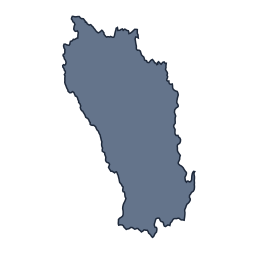 outline of Água Boa, Minas Gerais, Brazil, rotated 185°
{"feature_id": "56859067B18251134383574", "entity_name": "Água Boa", "entity_type": "district", "adm_level": 2, "iso_a3": "BRA", "parent_name": "Brazil", "parent_adm1": "Minas Gerais", "projection": "equal_earth", "projection_center": [-42.276, -18.014], "detail": "fine", "context": "isolated", "style": "filled", "palette": "slate", "viewbox_px": 256, "rotation_deg": 185, "n_neighbors": 0, "source": "geoboundaries", "source_scale": "gbopen_adm2", "svg_char_len": 5783}
<svg xmlns="http://www.w3.org/2000/svg" viewBox="0 0 256 256"><g transform="rotate(185 128 128)"><path d="M110.5,28.7L109.3,28.7L108.4,27.8L107.5,27.2L106.7,26.7L105.6,25.6L104.2,26.6L103.1,27.9L102.0,27.8L101.1,27.7L99.9,27.8L98.9,26.6L98.3,25.1L97.2,24.4L96.0,23.3L95.0,21.9L93.9,21.2L92.9,22.4L92.4,23.9L91.6,25.6L90.6,26.7L90.4,28.4L90.4,30.0L91.0,31.4L92.3,31.4L93.2,33.0L93.4,34.7L93.0,36.4L92.7,38.1L92.4,39.7L91.1,40.7L89.8,40.9L88.9,40.8L88.3,39.7L87.8,38.6L86.8,37.7L85.3,37.5L84.4,36.4L84.0,34.8L83.2,33.4L82.1,33.1L81.1,33.9L80.0,34.8L79.0,34.8L77.8,34.5L77.6,36.0L77.3,37.5L76.3,38.4L75.6,40.0L74.8,41.3L73.9,41.8L72.8,41.9L71.8,41.9L70.6,42.4L69.4,42.6L68.4,41.9L67.1,41.1L65.3,41.2L64.0,41.0L63.9,43.1L63.8,44.5L63.8,46.6L63.9,48.7L64.3,50.2L64.4,51.5L64.0,52.6L63.6,53.8L63.2,55.7L62.6,57.3L61.7,58.1L60.8,59.2L60.1,60.5L59.7,61.7L59.9,63.0L60.8,64.3L60.8,66.3L59.9,67.6L59.3,69.0L58.5,69.9L57.4,70.8L56.7,72.5L56.6,74.1L56.7,75.8L57.0,77.3L57.0,79.1L57.4,81.4L57.4,83.9L57.6,85.7L58.1,87.2L58.3,88.9L57.7,90.4L58.9,90.5L59.6,89.3L60.0,88.0L60.2,86.2L60.2,84.1L60.1,81.9L61.0,80.1L62.3,79.6L63.2,80.3L64.3,80.3L65.0,79.1L66.0,80.0L66.6,81.8L67.0,83.9L66.2,85.8L65.8,87.5L66.0,88.9L67.1,89.9L68.0,91.0L68.7,91.9L69.4,93.0L70.6,94.1L71.8,94.9L73.3,95.5L74.8,96.9L74.9,98.3L74.4,99.5L73.8,101.3L73.9,103.4L73.5,105.3L74.4,106.3L75.5,107.6L76.6,109.2L76.9,110.5L77.0,112.4L77.4,114.3L77.1,115.8L76.0,116.6L75.0,117.6L74.6,119.1L74.6,120.9L75.4,122.5L76.6,123.2L77.6,125.0L79.4,124.7L80.6,126.2L80.9,127.6L80.9,129.2L81.0,130.8L81.7,131.7L82.3,132.7L82.7,133.8L82.3,135.4L81.4,136.8L81.5,138.3L81.8,140.1L81.9,142.3L81.5,144.1L82.3,145.8L83.1,147.5L83.1,149.0L83.0,150.4L82.2,151.4L81.6,152.4L80.7,152.9L79.9,153.8L80.0,155.1L80.7,156.2L81.6,157.4L81.7,159.3L81.5,160.8L81.4,162.2L81.1,163.7L80.8,165.3L81.3,167.1L82.2,168.7L84.0,169.1L85.5,169.9L86.5,170.8L87.1,172.1L87.3,173.8L87.7,175.7L89.4,175.2L90.6,175.8L91.2,177.0L91.4,178.4L92.5,178.1L93.5,178.8L93.6,180.1L93.1,181.3L93.0,182.8L93.8,184.0L93.4,185.6L93.8,186.9L94.5,187.8L95.2,188.6L95.8,189.9L95.4,191.4L95.6,192.7L95.6,194.1L95.5,195.8L96.7,195.7L97.8,197.0L99.2,196.4L99.9,195.3L100.6,194.4L102.1,195.6L103.3,196.7L104.1,195.9L103.9,194.3L104.8,193.6L105.9,195.1L107.2,195.3L108.0,196.7L108.8,197.5L109.6,198.4L110.5,197.9L111.4,197.1L112.0,196.1L112.8,195.0L114.1,195.0L115.0,195.6L115.4,196.7L116.6,196.8L117.5,197.3L117.8,198.6L118.5,200.1L119.8,201.0L120.9,202.0L121.4,203.2L121.9,204.3L122.4,205.7L123.8,206.5L125.4,206.3L126.5,207.3L126.7,208.8L126.8,210.4L127.3,211.9L127.8,213.7L128.2,215.5L128.7,217.2L128.3,219.3L127.1,219.3L125.6,218.6L125.9,220.0L126.1,221.6L127.0,223.1L127.2,225.3L127.3,226.9L128.5,227.0L129.9,226.9L130.9,225.8L132.0,224.5L133.0,223.5L134.0,222.6L135.3,222.1L135.6,223.6L136.1,224.9L138.0,225.2L139.0,226.0L140.0,226.2L141.3,224.9L142.2,226.2L143.6,225.6L144.6,224.6L145.6,224.5L146.6,224.3L146.9,225.7L147.3,227.2L148.5,226.3L148.6,224.8L148.9,223.6L149.2,221.8L149.4,220.0L149.6,218.4L150.1,217.2L151.1,217.0L152.3,217.3L153.3,217.7L154.2,217.0L155.1,217.2L156.2,217.2L157.1,216.7L158.1,217.2L159.0,218.1L160.0,219.2L160.3,220.8L161.1,221.6L161.7,222.5L162.6,223.1L163.7,221.9L164.8,220.8L166.0,220.2L167.2,220.9L168.5,222.0L169.6,223.4L170.7,224.4L171.7,225.7L172.6,226.2L173.5,227.3L174.6,227.7L175.5,227.1L176.4,227.5L177.8,228.3L178.6,229.8L179.6,229.6L180.0,230.8L181.0,231.9L181.9,232.9L182.9,233.0L183.9,232.9L185.2,233.6L186.2,234.8L187.5,234.7L189.1,234.3L190.5,234.1L192.0,234.4L193.2,234.4L193.7,233.0L193.9,231.7L192.8,230.5L192.1,229.0L190.8,228.3L189.9,226.4L190.5,224.8L190.6,223.4L190.7,221.8L189.7,220.2L188.6,219.7L187.7,220.0L186.8,220.3L185.8,218.5L186.0,216.4L185.9,214.7L185.9,213.2L187.0,213.0L187.8,212.3L189.0,211.5L190.2,211.6L190.8,210.5L191.8,209.6L192.9,209.3L193.2,207.7L193.3,206.3L194.0,205.2L195.5,205.4L196.5,205.6L197.7,206.1L199.0,205.9L199.4,204.2L198.7,202.1L197.7,200.8L197.7,199.4L197.5,197.6L197.8,196.3L198.9,195.7L199.0,194.3L198.1,193.3L197.4,191.3L196.5,190.4L195.8,189.1L195.4,187.7L195.7,186.0L196.5,185.1L197.6,185.5L198.5,184.6L198.2,183.0L197.3,182.0L196.7,180.9L196.3,179.7L195.4,179.1L195.2,177.3L196.1,175.6L195.3,174.4L195.3,172.7L195.2,171.1L195.0,169.7L195.0,168.0L194.4,166.3L193.6,164.9L193.0,163.5L192.2,162.0L191.3,160.8L191.0,159.5L190.2,158.8L189.0,158.0L187.8,158.2L186.4,159.4L185.0,158.6L183.9,156.5L183.2,155.2L182.1,155.1L181.0,153.8L180.3,151.8L179.5,150.7L179.4,149.2L178.0,147.9L177.0,145.8L177.4,144.4L176.7,142.6L175.6,141.2L174.5,140.8L173.9,139.7L172.9,138.5L171.8,136.8L171.1,135.1L170.1,134.5L168.8,133.9L167.6,132.4L166.9,130.9L166.1,130.2L166.1,128.5L165.0,127.7L163.7,127.6L162.3,127.7L161.2,127.0L160.3,126.3L159.6,124.8L158.6,123.3L157.5,122.5L156.9,121.5L156.3,120.2L155.2,118.7L154.7,117.0L154.2,115.6L153.8,114.3L153.4,113.2L152.8,111.9L152.9,110.5L152.8,108.7L152.3,107.1L151.6,105.9L151.8,104.2L151.6,102.7L150.6,102.1L149.1,101.3L148.8,99.5L148.1,98.3L147.5,96.7L147.6,95.0L147.4,93.5L146.6,92.4L145.6,91.8L144.3,91.6L143.2,90.3L143.5,88.7L144.0,87.2L143.2,85.9L142.2,84.6L141.3,83.4L140.0,83.5L138.6,82.8L137.4,82.1L136.7,83.0L135.6,83.3L134.9,82.2L134.4,81.0L133.7,79.9L133.2,78.3L132.6,76.7L132.1,74.9L131.6,73.2L130.6,72.1L129.6,71.2L128.9,69.8L127.7,68.8L127.8,67.2L127.9,65.6L127.4,64.2L126.1,63.9L125.6,62.8L125.3,61.0L124.9,59.2L123.9,57.8L124.3,56.1L124.8,54.5L125.4,53.1L125.8,52.0L126.1,50.7L126.3,49.1L126.3,47.4L126.0,46.2L125.6,44.8L125.4,42.9L125.3,41.3L125.8,39.6L127.1,38.4L128.5,37.4L129.5,36.1L129.4,34.3L129.4,32.9L129.3,31.6L128.8,30.4L127.2,30.9L125.3,30.9L124.1,30.2L123.2,28.7L122.0,27.8L120.9,26.8L120.0,27.3L118.8,27.6L117.7,28.1L116.8,29.1L115.3,29.3L113.9,28.6L112.6,27.8L111.5,28.1L110.5,28.7Z" fill="#64748b" stroke="#1e293b" stroke-width="1.5"/></g></svg>